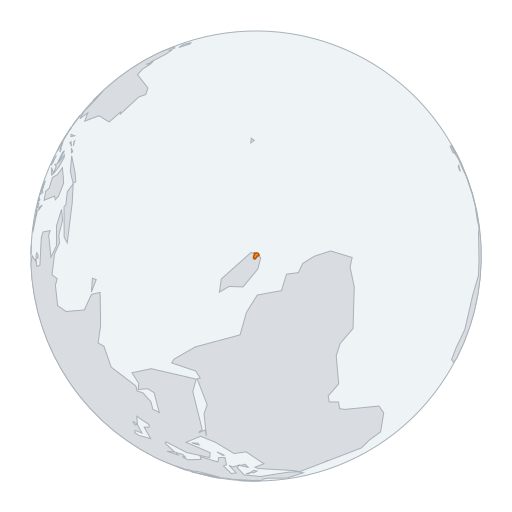 Androy on an orthographic globe, rotated 209°
{"feature_id": "MDG-5864", "entity_name": "Androy", "entity_type": "Autonomous Province", "adm_level": 1, "iso_a3": "MDG", "parent_name": "Madagascar", "parent_adm1": "", "projection": "orthographic", "projection_center": [45.412, -24.742], "detail": "fine", "context": "on_globe", "style": "filled", "palette": "amber", "viewbox_px": 512, "rotation_deg": 209, "n_neighbors": 0, "source": "natural_earth", "source_scale": "10m", "svg_char_len": 6239}
<svg xmlns="http://www.w3.org/2000/svg" viewBox="0 0 512 512"><g transform="rotate(209 256 256)"><circle cx="256" cy="256" r="225" fill="#eef3f6" stroke="#a8b0b8"/><path d="M30.9,264.0L31.7,258.7L34.7,260.2L36.5,272.7L37.7,292.8L47.5,326.9L51.9,346.7L58.9,360.4L72.5,384.0L74.5,388.9L79.9,394.8L85.9,402.6L88.9,406.7L94.5,412.5L96.9,415.3L99.0,416.9L110.5,427.5L116.0,431.3L126.3,439.2L129.9,441.0L131.0,442.1L134.1,444.3L136.9,445.9L137.0,447.0L128.5,441.7L122.2,437.2L109.0,426.7L96.6,415.2L85.1,402.8L74.6,389.6L65.1,375.7L56.7,361.0L49.4,345.8L43.3,330.1L38.3,314.0L34.6,297.5L32.1,280.8L30.9,264.0ZM139.4,446.1L138.2,447.6L137.7,446.4L131.1,441.9L134.0,442.0L139.4,446.1ZM122.6,433.5L118.7,429.5L119.6,429.6L122.5,432.4L122.6,433.5ZM207.7,36.0L204.8,36.6L205.6,36.6L194.1,40.4L187.3,42.4L190.3,40.6L180.9,43.6L181.8,43.3L207.7,36.0ZM239.8,31.3L241.5,31.2L242.4,31.1L243.0,31.1L246.2,30.9L247.7,30.9L263.7,30.9L279.7,32.0L295.6,34.2L311.2,37.6L326.6,42.1L341.6,47.6L356.2,54.2L370.3,61.9L383.8,70.5L396.6,80.0L408.8,90.5L420.2,101.7L430.7,113.8L440.4,126.6L449.1,140.0L451.8,147.7L446.7,144.8L447.5,147.6L442.7,140.7L440.5,143.1L452.8,168.2L453.9,173.8L448.4,178.4L447.5,173.8L434.8,155.5L435.5,168.2L445.2,185.9L448.7,202.6L442.5,193.5L438.6,178.8L434.1,171.9L433.2,160.3L425.3,140.6L418.8,139.8L417.3,133.2L405.4,116.4L395.1,115.4L380.0,125.6L381.3,142.7L374.7,148.6L358.1,119.7L352.0,103.4L345.2,103.3L328.8,88.6L298.1,84.1L294.5,80.3L288.6,81.5L277.2,77.5L272.0,72.0L264.7,72.2L278.9,87.1L286.7,87.3L294.3,82.1L296.7,87.7L307.8,93.8L292.9,106.7L248.6,119.3L245.6,106.8L218.8,78.0L220.4,74.9L220.3,74.6L220.1,74.0L216.2,79.2L212.1,74.5L225.0,92.9L226.5,102.2L248.0,120.1L245.6,122.2L252.9,126.2L277.9,121.6L277.7,126.0L265.1,147.0L231.7,179.3L237.0,201.9L235.9,222.5L216.9,238.1L220.5,254.9L210.9,262.0L211.5,272.1L204.9,284.0L193.2,296.6L171.2,301.3L168.4,292.0L155.1,276.6L136.0,239.6L140.0,220.3L137.4,207.5L121.7,184.3L125.0,168.5L121.2,163.9L113.1,168.3L108.8,163.0L104.1,164.8L75.7,184.4L68.2,180.7L61.8,162.6L67.7,149.7L70.8,139.2L113.2,88.6L120.0,86.2L151.0,71.2L154.4,70.9L148.4,78.1L169.7,79.9L179.4,72.6L201.1,73.4L217.0,71.5L226.9,59.2L200.8,61.8L198.7,57.2L221.5,50.5L244.7,49.9L244.6,48.2L231.9,45.1L239.2,42.1L227.8,44.1L230.9,45.3L223.8,46.9L220.5,45.9L223.2,44.7L216.8,44.7L205.5,51.4L207.5,53.5L189.4,57.4L191.0,61.5L185.4,64.7L180.6,59.1L182.6,56.5L172.0,53.8L168.3,56.7L178.0,59.8L174.1,60.2L169.1,65.3L169.8,61.8L160.2,58.8L145.2,65.3L122.7,82.8L114.7,87.6L109.6,89.2L121.4,76.7L137.9,67.4L142.3,63.8L142.1,62.3L147.1,60.0L149.0,58.5L155.5,55.5L167.8,49.5L174.9,46.9L182.6,43.2L187.3,41.7L181.4,44.1L181.1,44.8L199.1,40.2L203.4,38.9L207.0,37.2L211.5,36.5L212.6,35.5L224.4,33.5L211.0,35.4L214.9,34.5L215.3,34.4L239.8,31.3ZM96.2,108.9L94.4,112.0L96.2,108.9ZM267.8,56.7L282.6,58.0L278.2,51.4L283.6,51.6L280.1,49.6L277.9,51.0L269.9,45.9L277.1,44.9L276.5,42.8L271.5,42.3L259.6,45.2L270.9,52.1L266.5,54.4L267.8,56.7ZM151.6,56.4L150.4,57.0L147.6,58.5L151.6,56.4ZM161.5,51.5L161.7,51.9L158.2,53.9L143.5,61.0L150.3,57.3L148.7,58.0L157.0,53.7L158.3,53.0L161.5,51.5ZM159.9,67.4L162.8,66.7L167.8,65.2L164.7,68.6L159.9,67.4ZM153.0,65.2L155.9,64.0L154.0,67.4L150.9,68.4L153.0,65.2ZM159.1,60.7L156.2,63.6L156.0,62.6L159.1,60.7ZM184.2,43.1L187.5,42.1L187.2,42.4L184.7,43.4L184.2,43.1ZM221.6,61.5L216.1,64.1L214.1,63.2L216.4,62.5L221.6,61.5ZM188.3,65.5L195.2,65.7L187.4,66.4L188.3,65.5ZM315.4,352.4L317.3,356.7L313.6,356.3L315.4,352.4ZM275.2,219.1L262.0,256.8L251.1,257.0L248.1,245.5L252.4,222.6L264.7,216.4L270.5,206.7L275.2,219.1ZM469.1,263.7L470.7,268.0L470.4,268.8L469.1,263.7ZM467.5,256.8L469.7,260.8L466.8,258.3L467.5,256.8ZM470.5,262.5L472.8,264.5L473.7,264.6L473.3,266.3L470.5,262.5ZM465.8,254.3L454.6,241.0L449.6,233.5L451.3,231.0L459.4,240.0L465.8,254.3ZM450.9,230.5L442.5,213.3L427.5,176.0L433.0,179.6L447.9,206.3L447.1,208.6L452.2,220.8L450.9,230.5ZM469.1,230.9L468.1,239.3L462.5,231.1L459.6,226.4L457.7,212.5L458.8,207.9L461.3,210.7L468.3,202.0L471.3,210.5L469.8,215.2L472.1,226.1L469.1,230.9ZM382.5,144.7L388.3,157.3L384.3,157.9L382.5,144.7ZM469.2,193.4L467.7,197.0L468.4,190.3L469.2,193.4ZM468.4,185.9L469.5,190.2L467.5,184.5L468.4,185.9ZM449.3,152.6L446.8,150.8L445.7,148.1L448.3,148.9L449.3,152.6ZM453.7,148.1L457.3,155.4L458.1,157.3L455.2,151.4L453.7,148.1ZM416.5,409.6L424.5,401.0L422.1,405.8L416.3,411.0L416.5,409.6ZM438.9,387.5L429.1,399.2L427.8,398.7L431.3,394.1L429.8,394.7L432.7,388.8L441.7,375.3L439.9,376.0L445.0,370.4L440.8,373.8L445.7,364.7L447.6,357.2L432.0,350.5L430.7,343.8L435.6,338.3L443.5,314.3L444.3,316.1L449.4,302.0L461.3,302.6L471.2,290.9L472.5,299.7L476.7,290.6L476.4,299.8L473.6,309.1L469.8,325.8L473.9,313.1L469.1,328.9L463.2,344.4L456.2,359.3L448.1,373.8L438.9,387.5ZM472.9,273.2L475.8,270.7L476.7,272.8L472.9,273.2ZM478.1,293.8L478.7,289.5L479.1,287.4L479.9,280.5L478.1,293.8ZM480.1,279.3L480.5,266.7L480.6,260.4L481.0,261.1L480.4,251.3L481.2,256.4L480.9,268.1L481.0,266.6L480.1,279.3ZM479.9,275.8L479.9,277.0L479.6,278.6L479.9,275.8ZM478.5,253.4L478.3,255.6L477.9,251.9L478.5,253.4ZM479.2,254.2L480.1,262.3L479.0,255.8L479.2,254.2ZM473.4,230.4L474.1,237.5L476.3,238.5L474.6,240.2L475.4,252.8L474.6,255.3L473.9,241.9L472.6,251.5L471.6,249.2L471.6,239.0L473.0,230.1L474.0,227.7L477.7,234.3L473.4,230.4ZM479.4,247.2L479.0,239.2L479.2,236.0L479.7,240.9L479.4,247.2ZM476.8,219.8L474.5,209.0L473.3,208.6L474.6,205.2L476.8,216.0L476.8,219.8ZM473.3,201.1L472.3,200.5L472.7,198.0L473.3,201.1ZM471.5,197.4L470.3,192.3L471.6,195.3L471.5,197.4ZM474.0,202.9L472.4,195.3L474.0,201.3L474.0,202.9ZM467.1,180.7L471.6,193.5L467.5,183.6L462.6,168.4L464.0,170.8L467.1,180.7Z" fill="#d9dde1" stroke="#a8b0b8" stroke-width="1"/><path d="M258.9,257.8L258.2,258.1L257.8,258.3L257.3,258.6L256.9,259.0L256.7,259.0L256.3,259.3L255.3,259.3L255.2,259.3L255.0,259.2L254.8,259.0L254.5,258.9L254.4,258.8L254.3,258.7L254.2,258.6L253.9,258.4L253.7,258.3L253.6,258.2L253.7,257.6L254.4,257.1L254.9,256.6L255.0,256.0L254.9,255.3L254.9,254.8L255.1,254.4L255.2,253.6L255.3,253.1L255.6,252.8L256.2,252.6L256.4,253.1L256.8,253.1L257.3,253.2L257.6,253.5L257.4,254.1L257.6,254.5L258.0,254.9L258.0,255.3L257.8,255.9L257.9,256.3L257.9,256.8L258.6,257.2L258.9,257.8Z" fill="#f59e0b" stroke="#b45309" stroke-width="1.5"/></g></svg>